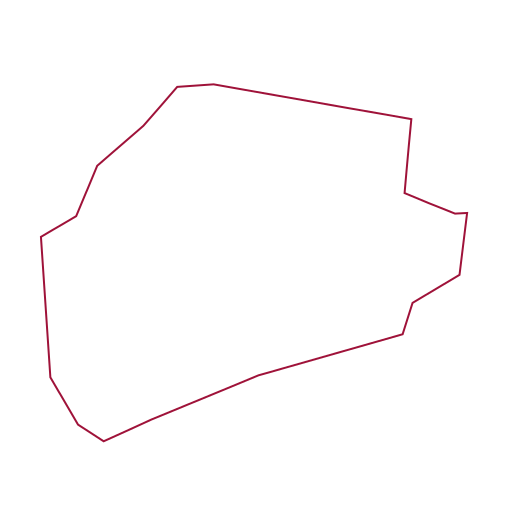 Terschelling, Netherlands, rotated 176°
{"feature_id": "6326949B18188251014258", "entity_name": "Terschelling", "entity_type": "district", "adm_level": 2, "iso_a3": "NLD", "parent_name": "Netherlands", "parent_adm1": "", "projection": "mercator", "projection_center": [5.382, 53.344], "detail": "fine", "context": "isolated", "style": "outline", "palette": "rose", "viewbox_px": 512, "rotation_deg": 176, "n_neighbors": 0, "source": "geoboundaries", "source_scale": "gbopen_adm2", "svg_char_len": 729}
<svg xmlns="http://www.w3.org/2000/svg" viewBox="0 0 512 512"><g transform="rotate(176 256 256)"><path d="M420.9,81.8L390.2,93.2L371.9,100.1L335.2,112.3L298.5,124.5L261.8,136.8L250.1,139.2L237.0,142.0L176.3,154.8L115.2,167.7L103.1,198.3L92.1,203.9L54.3,223.0L47.8,256.5L42.4,284.2L54.5,284.4L73.3,293.5L79.6,296.5L103.4,308.4L99.5,332.9L95.9,355.2L91.5,381.7L121.9,389.3L152.4,396.8L188.9,405.9L225.4,415.0L255.9,422.6L286.3,430.2L322.8,430.2L341.0,411.9L359.3,393.7L383.7,375.4L390.8,370.1L408.1,357.1L420.3,332.7L420.6,332.2L432.6,308.3L444.8,302.2L457.0,296.2L469.2,290.1L469.3,254.9L469.4,219.8L469.5,184.6L469.6,149.3L462.1,134.1L461.1,132.2L445.3,100.2L420.9,81.8Z" fill="none" stroke="#9f1239" stroke-width="2"/></g></svg>